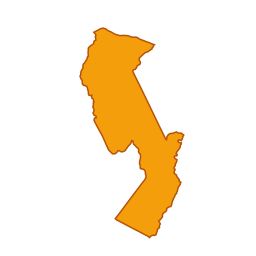 Muricilândia, Tocantins, Brazil (Albers equal-area conic projection), rotated 30°
{"feature_id": "56859067B66713354403020", "entity_name": "Muricilândia", "entity_type": "district", "adm_level": 2, "iso_a3": "BRA", "parent_name": "Brazil", "parent_adm1": "Tocantins", "projection": "albers", "projection_center": [-48.769, -7.015], "detail": "fine", "context": "isolated", "style": "filled", "palette": "amber", "viewbox_px": 256, "rotation_deg": 30, "n_neighbors": 0, "source": "geoboundaries", "source_scale": "gbopen_adm2", "svg_char_len": 4524}
<svg xmlns="http://www.w3.org/2000/svg" viewBox="0 0 256 256"><g transform="rotate(30 128 128)"><path d="M50.5,62.2L51.8,62.6L52.9,63.0L54.0,63.9L54.0,65.3L54.8,66.1L55.6,67.1L56.2,68.0L55.3,69.4L55.4,70.9L56.1,72.2L55.5,73.5L54.8,74.8L54.3,76.2L53.8,77.5L53.7,78.5L54.1,79.5L54.8,80.4L55.2,81.7L55.7,82.6L56.4,83.7L57.1,84.8L57.7,85.8L57.3,86.9L57.9,88.3L57.9,90.3L57.9,91.5L57.9,93.3L57.4,94.7L57.5,95.6L57.8,96.5L58.4,97.6L59.0,98.7L58.9,100.3L59.0,101.7L59.2,103.0L59.9,104.6L60.5,105.8L60.5,107.0L61.2,107.8L62.3,108.5L63.0,109.1L63.9,109.5L65.0,110.3L65.8,111.7L66.7,112.8L68.0,113.2L69.5,112.9L71.2,112.6L72.2,113.0L72.9,113.8L73.8,114.7L74.8,115.7L75.8,116.8L76.7,118.4L78.0,119.2L79.2,118.6L80.3,117.8L80.6,118.7L81.0,119.5L81.6,120.2L82.6,120.2L83.6,120.5L84.3,121.1L84.7,122.1L85.6,122.6L85.4,123.7L86.3,125.1L86.9,126.3L86.9,127.2L87.7,127.9L88.6,128.4L89.2,129.0L89.9,129.9L90.1,131.1L90.2,132.6L91.2,133.2L92.0,133.8L93.2,133.7L94.2,133.8L95.1,134.3L95.3,135.3L94.3,135.7L94.2,136.8L94.5,138.0L96.4,139.5L97.6,140.2L98.9,141.1L101.0,142.4L102.2,143.1L103.3,143.8L104.1,144.3L105.0,144.8L107.1,146.1L108.6,146.9L110.2,148.0L111.2,148.7L112.2,149.5L113.1,150.1L114.2,151.0L115.2,151.6L116.6,152.7L118.8,154.3L121.9,156.5L123.1,157.0L127.5,158.1L128.8,157.4L129.9,156.4L130.5,154.8L130.6,153.6L130.7,152.6L131.9,152.1L133.0,152.1L134.1,152.0L135.1,151.4L136.1,150.2L136.9,148.8L136.9,147.0L137.1,145.5L137.2,144.4L137.3,143.2L137.7,142.2L137.9,141.3L138.1,139.9L137.8,138.4L137.4,137.2L138.4,136.8L139.3,137.5L140.1,138.4L141.2,139.3L142.4,139.5L143.3,139.7L144.2,140.1L145.6,140.5L146.9,140.6L147.9,141.2L148.5,142.4L149.0,143.4L150.1,144.1L151.3,144.4L152.2,145.1L152.9,145.9L153.5,147.2L154.1,148.5L154.3,149.4L154.8,151.2L156.0,153.4L156.8,154.0L157.6,154.5L158.1,155.5L158.4,156.5L159.7,156.9L161.3,156.2L162.6,156.0L163.6,156.5L164.5,156.9L165.3,157.7L166.0,159.1L167.1,160.0L167.9,160.9L168.2,162.1L168.3,163.3L168.5,164.5L168.2,165.6L167.9,168.0L167.7,169.1L167.5,170.9L167.3,173.2L167.0,174.9L166.8,176.5L166.6,178.3L165.3,188.8L163.7,202.4L163.4,204.8L162.8,209.5L162.3,212.9L164.0,213.3L165.2,213.2L183.1,212.5L184.2,212.4L187.5,212.3L188.4,212.2L194.0,212.0L195.1,212.0L199.4,211.8L201.5,212.1L201.6,210.9L201.9,210.0L202.6,209.0L203.6,208.2L204.7,207.7L205.5,206.7L205.4,205.5L205.1,204.1L204.9,202.7L204.3,201.7L204.2,200.7L204.7,199.8L205.1,198.4L204.3,197.7L204.0,196.5L204.0,195.4L203.6,194.6L202.5,194.0L201.3,193.6L201.1,192.6L201.8,191.5L202.0,190.1L202.1,188.6L202.3,187.6L201.4,186.3L201.1,185.1L201.3,184.1L201.6,183.1L202.3,181.8L202.7,180.4L202.3,179.4L201.9,178.4L202.0,177.5L202.8,176.4L203.4,175.1L204.4,174.6L204.3,173.4L204.0,172.1L203.4,170.6L203.1,169.3L203.0,168.4L203.0,167.4L202.7,166.5L202.7,164.9L202.6,163.3L202.2,161.8L202.8,160.8L202.4,159.4L202.3,158.1L201.9,156.8L201.5,155.4L201.1,154.4L201.2,153.2L201.3,151.9L201.4,150.8L201.1,149.6L200.9,148.5L199.8,148.5L198.8,148.4L198.3,147.3L197.2,146.6L195.7,146.1L194.4,145.6L193.4,144.4L191.7,144.3L190.5,143.9L189.8,142.7L189.7,141.3L189.4,140.2L188.1,140.1L187.6,139.0L187.7,137.9L187.7,136.5L186.9,135.6L187.1,134.3L186.9,132.9L186.6,131.7L186.1,130.8L185.0,131.0L184.0,130.9L183.0,130.4L182.4,129.7L182.6,128.8L183.5,128.2L184.3,127.5L184.0,126.6L182.6,126.3L182.4,124.8L182.3,123.6L182.6,122.2L182.6,120.8L182.9,119.4L182.6,118.1L182.0,117.0L182.1,115.3L181.6,114.2L180.3,114.8L179.4,115.0L178.3,114.8L177.6,113.8L178.1,112.7L179.3,112.5L180.4,112.4L180.5,111.0L180.3,109.5L179.8,107.9L179.8,106.2L178.5,106.1L176.9,105.8L175.4,106.5L174.3,107.1L173.0,107.2L171.9,107.2L171.2,108.0L170.4,108.9L169.9,109.9L168.7,110.6L167.9,111.3L167.1,111.9L166.5,113.0L166.2,114.1L166.0,116.0L166.6,117.1L166.9,117.9L167.1,119.0L165.7,118.5L164.2,117.4L159.2,114.1L152.8,109.8L150.2,108.0L146.1,105.2L136.4,98.6L134.8,97.5L120.5,87.8L118.1,86.2L115.7,84.5L113.3,83.0L104.4,77.0L103.6,76.1L103.5,75.1L104.2,74.4L104.9,73.6L105.1,72.5L105.2,71.3L104.9,69.7L105.4,68.3L106.4,67.3L106.3,65.6L105.8,64.8L105.0,64.3L104.1,63.9L103.3,62.8L102.8,61.7L103.3,60.4L103.6,59.1L103.9,57.9L104.4,56.7L104.7,55.7L105.2,54.2L106.3,53.0L107.3,51.7L107.7,50.7L108.2,49.8L108.6,48.7L109.2,47.7L108.9,46.5L109.2,45.4L108.9,44.0L109.3,42.7L105.1,43.4L103.2,43.5L101.5,44.0L98.3,44.4L93.7,45.2L91.0,45.0L89.6,45.3L86.3,47.2L84.9,47.6L83.4,47.7L81.4,48.3L79.3,49.3L78.2,49.8L75.5,51.6L73.7,52.4L71.2,53.0L69.4,53.3L65.0,53.3L62.1,53.7L59.4,53.3L56.5,53.9L54.5,55.9L53.1,58.1L52.3,59.4L50.5,62.2Z" fill="#f59e0b" stroke="#b45309" stroke-width="1.5"/></g></svg>